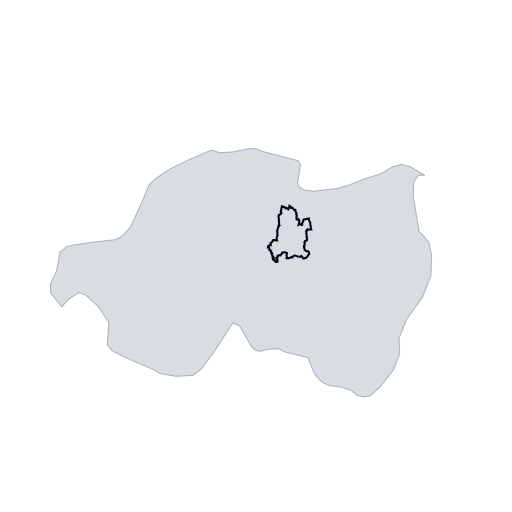 Rulindo, Northern, Rwanda (highlighted), rotated 28°
{"feature_id": "39286606B38837433870904", "entity_name": "Rulindo", "entity_type": "district", "adm_level": 2, "iso_a3": "RWA", "parent_name": "Rwanda", "parent_adm1": "Northern", "projection": "mercator", "projection_center": [30.0, -1.752], "detail": "fine", "context": "in_parent", "style": "outline", "palette": "ink", "viewbox_px": 512, "rotation_deg": 28, "n_neighbors": 0, "source": "geoboundaries", "source_scale": "gbopen_adm2", "svg_char_len": 6797}
<svg xmlns="http://www.w3.org/2000/svg" viewBox="0 0 512 512"><g transform="rotate(28 256 256)"><path d="M205.8,161.1L211.4,160.9L248.8,152.0L252.5,154.8L258.5,172.1L261.7,174.6L266.9,175.3L277.4,171.3L296.6,157.7L305.0,149.5L314.9,137.9L327.5,124.9L334.5,113.5L341.4,106.8L350.4,104.8L360.4,105.3L367.3,105.5L361.6,108.3L360.4,116.6L367.0,129.9L388.4,157.5L402.1,162.6L411.0,173.3L419.7,191.4L422.3,214.0L418.7,241.2L420.8,261.4L428.7,274.7L430.8,291.9L427.0,313.1L422.5,325.7L417.1,329.9L411.0,331.5L402.8,330.0L392.7,331.8L381.7,335.8L374.9,336.4L370.6,335.6L362.5,332.2L349.7,321.3L325.9,327.3L319.5,327.2L310.7,332.4L303.6,338.8L299.3,339.3L294.9,338.4L274.4,325.5L266.9,325.9L263.8,362.1L260.4,382.2L256.2,391.2L241.5,399.9L226.7,404.8L218.7,404.4L186.2,407.1L173.4,407.2L166.4,404.2L157.3,383.7L140.1,374.6L123.6,370.3L116.8,371.5L110.8,382.2L108.4,391.9L92.3,385.2L87.5,377.1L87.1,363.3L81.2,344.5L84.5,336.4L90.8,331.2L104.1,321.3L124.3,307.5L128.7,300.9L131.5,289.9L130.2,264.4L128.3,242.9L130.7,235.2L139.9,218.6L152.3,201.5L166.8,183.5L175.5,181.8L186.9,174.9L199.0,164.8L205.8,161.1Z" fill="#d9dde1" stroke="#a8b0b8" stroke-width="1"/><path d="M277.2,244.0L277.1,243.8L277.4,243.2L277.5,242.6L277.8,242.0L277.6,241.9L277.7,241.4L277.5,240.7L278.1,240.5L278.5,239.9L278.8,239.6L280.1,239.1L280.4,239.2L280.8,239.0L281.3,239.0L281.7,238.7L281.8,238.7L281.8,238.9L282.1,239.4L282.4,240.0L282.5,240.1L282.5,240.6L282.6,240.9L282.6,241.1L282.8,241.5L283.3,241.8L283.7,242.3L283.9,243.0L283.8,243.4L284.1,243.7L285.0,242.9L285.5,242.7L285.7,242.8L286.3,242.0L286.9,241.8L287.4,241.2L287.5,240.6L287.9,240.2L288.2,240.1L288.7,240.2L288.9,240.1L288.7,239.8L288.7,239.4L288.8,238.9L289.2,238.3L289.3,238.0L290.0,237.4L290.6,237.2L291.1,237.1L291.4,237.1L292.0,237.0L292.7,236.9L292.9,237.0L293.9,236.6L294.5,236.2L295.4,236.0L295.5,235.7L295.8,235.6L296.1,235.1L296.1,234.7L297.7,235.2L298.2,235.8L298.6,236.0L299.4,235.9L299.7,235.6L299.8,235.2L300.2,234.8L300.3,234.6L300.8,234.4L301.2,234.0L301.3,233.2L301.6,232.4L301.6,230.7L302.0,229.9L302.0,228.9L301.5,228.6L300.9,227.6L300.6,227.6L300.2,227.4L299.3,227.5L298.8,228.1L297.3,227.9L296.6,227.8L296.4,227.6L296.2,227.7L296.1,227.4L295.9,227.2L295.7,227.2L295.3,226.9L295.2,226.7L294.8,226.3L294.9,226.2L294.8,225.8L294.2,225.5L294.2,225.2L293.8,225.1L293.6,224.9L293.6,224.7L293.8,224.4L293.9,224.0L293.7,223.7L293.5,223.0L293.4,223.0L293.2,222.7L293.2,222.0L292.9,221.8L292.9,221.7L292.7,221.4L292.2,221.0L292.1,220.8L292.3,220.3L292.3,219.6L292.7,219.2L293.0,219.2L293.1,218.9L293.1,218.7L293.4,218.5L293.4,218.1L293.5,218.1L293.4,217.7L293.2,217.6L293.2,217.2L293.0,216.7L292.8,216.5L292.6,216.0L292.1,215.7L291.9,215.4L291.7,215.4L291.5,214.6L291.1,214.1L291.0,213.8L290.7,213.5L290.5,213.1L290.2,213.0L290.0,212.9L289.9,212.4L289.7,212.1L289.7,211.9L289.5,211.7L289.4,211.4L289.1,210.9L289.1,210.7L288.8,210.6L289.0,210.3L288.6,209.8L288.5,209.6L288.6,209.2L289.1,209.0L289.5,208.5L289.7,208.4L289.5,208.2L290.0,208.1L290.3,207.9L290.7,207.4L291.4,206.8L292.2,206.6L291.3,205.7L290.5,204.2L290.3,204.1L290.2,203.9L289.8,203.6L288.6,201.8L288.3,201.0L287.5,200.6L287.2,200.3L286.5,200.0L286.4,199.8L286.2,199.7L286.1,199.4L285.8,199.3L285.1,198.1L284.6,198.7L283.8,199.0L283.8,199.3L283.4,199.5L282.9,199.6L282.5,200.1L282.4,200.6L281.2,201.1L280.8,201.7L280.9,202.2L281.4,203.2L281.4,203.5L281.3,203.8L281.4,204.1L281.3,205.2L281.8,205.9L281.7,206.2L282.0,206.4L282.1,207.2L282.0,207.3L281.4,207.2L281.2,206.9L281.1,207.0L280.8,207.0L280.3,206.8L279.5,207.9L279.0,208.4L279.0,208.0L278.7,207.7L278.5,207.1L278.5,206.7L278.2,206.2L278.2,205.6L278.0,205.2L278.0,204.9L277.5,204.6L277.3,204.1L277.0,204.0L276.7,203.6L276.0,203.4L275.8,203.8L275.3,204.1L275.4,204.3L275.3,204.6L275.0,204.5L274.6,204.6L274.1,204.0L273.4,202.8L273.5,202.5L273.2,201.3L272.8,201.0L272.6,200.7L272.5,200.8L271.8,200.3L271.8,200.0L272.0,199.8L271.8,199.5L271.7,199.1L271.4,198.8L271.1,198.8L270.4,198.5L269.3,197.1L269.2,197.2L268.9,196.9L268.6,197.2L268.0,197.4L267.4,197.2L266.6,196.6L265.5,196.4L265.3,196.7L264.8,196.7L264.9,196.9L264.7,197.1L264.5,196.7L264.2,196.5L263.7,196.3L263.3,196.0L262.5,196.1L261.9,196.0L262.0,196.3L262.6,196.9L262.6,197.6L262.4,197.9L262.3,198.4L262.6,199.3L262.6,199.7L261.3,199.5L261.3,199.3L260.9,199.2L260.7,199.3L260.5,199.2L260.1,199.3L259.8,199.6L259.6,199.7L259.5,199.9L259.4,199.8L259.4,199.6L259.3,199.4L259.1,199.5L258.6,199.4L258.3,199.5L257.3,199.5L257.1,200.0L256.6,199.8L256.3,200.0L256.1,199.9L255.9,200.0L255.5,199.9L255.5,200.0L255.8,200.7L255.8,201.1L256.0,201.3L256.0,201.8L256.4,203.0L256.8,203.5L256.7,203.9L256.8,204.0L256.9,204.5L257.4,205.4L257.3,205.5L257.5,205.6L257.8,206.0L258.1,206.3L258.3,206.3L258.2,207.6L258.0,207.8L257.8,207.8L257.3,208.3L257.2,208.7L256.9,208.9L256.9,209.2L257.0,209.8L257.3,210.2L257.4,210.8L257.7,210.9L258.4,212.0L258.8,212.4L259.1,213.3L259.6,213.8L259.6,214.4L260.0,214.7L260.3,214.8L260.5,215.5L261.2,216.4L261.4,217.5L261.6,217.7L261.6,218.0L261.8,218.0L261.6,218.2L261.7,218.5L261.9,219.0L262.2,219.2L261.9,219.6L261.9,219.8L262.3,220.3L262.2,220.8L262.3,221.6L262.4,222.4L262.8,222.8L262.8,223.6L263.0,224.2L263.8,224.8L263.7,225.2L263.7,225.4L264.3,226.0L264.4,226.5L264.7,226.8L265.0,227.5L265.4,227.7L265.2,228.1L265.2,228.6L265.3,228.8L265.5,229.1L265.6,229.5L265.6,230.0L265.7,230.4L266.6,231.8L266.9,232.1L267.2,232.2L267.4,232.4L266.8,232.8L265.8,232.9L264.9,233.4L264.2,233.3L263.8,233.7L263.9,233.9L263.7,234.1L263.8,234.5L263.7,234.7L263.7,235.1L263.5,235.6L263.6,235.8L263.2,236.3L263.2,236.8L263.3,237.0L263.2,237.7L263.0,237.9L263.2,238.0L263.2,238.4L263.3,238.5L263.4,238.8L263.5,238.9L263.4,238.9L263.5,239.2L263.5,239.3L263.4,239.5L263.4,239.8L263.4,240.0L263.2,240.2L263.2,240.3L262.7,240.5L262.5,240.8L262.3,240.9L262.3,241.2L262.2,241.4L262.3,241.5L262.2,241.8L262.3,241.7L262.4,242.0L262.5,242.3L262.4,242.5L262.5,242.8L262.7,242.6L263.5,242.4L263.6,242.5L264.8,243.6L264.9,243.8L264.8,244.2L264.9,244.5L265.2,244.5L266.4,244.2L266.7,244.8L267.2,244.8L267.6,245.9L267.8,245.9L268.3,245.7L269.0,245.9L269.1,246.3L269.0,246.9L269.0,247.0L269.6,247.3L270.0,247.5L270.1,248.2L270.2,248.3L270.7,248.1L271.0,248.2L271.5,248.8L271.9,248.8L272.0,248.9L272.0,249.1L271.6,249.4L271.5,249.8L272.0,249.8L272.3,250.4L272.7,250.4L272.5,250.9L272.6,251.1L273.1,251.0L273.4,251.3L273.6,251.3L274.1,251.0L274.8,251.4L274.8,250.8L275.1,250.8L275.4,251.2L275.6,251.8L276.0,252.1L277.1,251.5L277.7,251.0L277.3,250.2L277.2,250.2L277.0,249.8L276.6,249.3L276.6,249.1L276.3,249.0L275.7,248.3L275.4,248.1L275.2,248.1L275.5,247.9L275.4,247.5L275.6,247.5L275.4,246.9L275.1,246.5L275.3,246.2L275.2,246.1L275.4,246.0L275.3,245.8L275.4,245.7L275.4,245.3L275.6,245.3L275.5,244.8L276.1,244.5L276.3,244.2L277.2,244.0Z" fill="none" stroke="#020617" stroke-width="2"/></g></svg>